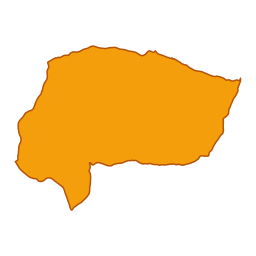 Palmas Del Socorro, Santander, Colombia
{"feature_id": "7082276B11851573676927", "entity_name": "Palmas Del Socorro", "entity_type": "district", "adm_level": 2, "iso_a3": "COL", "parent_name": "Colombia", "parent_adm1": "Santander", "projection": "orthographic", "projection_center": [-73.283, 6.386], "detail": "fine", "context": "isolated", "style": "filled", "palette": "amber", "viewbox_px": 256, "rotation_deg": 0, "n_neighbors": 0, "source": "geoboundaries", "source_scale": "gbopen_adm2", "svg_char_len": 5691}
<svg xmlns="http://www.w3.org/2000/svg" viewBox="0 0 256 256"><path d="M15.4,161.6L15.7,162.1L15.9,162.6L16.1,162.8L16.6,163.5L16.8,164.0L17.1,164.5L17.9,165.7L19.0,167.6L19.2,168.0L19.6,168.5L20.8,169.8L23.6,172.4L24.6,173.1L26.3,174.6L27.7,175.8L29.2,176.8L30.4,177.5L33.1,178.4L34.8,178.7L35.7,178.7L36.1,178.8L36.8,179.1L37.2,179.5L37.6,180.0L38.2,180.7L38.9,181.2L39.6,181.4L40.1,181.5L41.6,181.4L42.7,181.1L43.7,180.6L45.7,178.9L46.4,178.4L47.2,178.1L47.8,177.9L48.3,177.8L48.8,177.8L50.0,178.0L51.2,178.4L52.2,178.9L53.4,179.8L55.3,181.4L59.2,184.3L60.4,185.2L61.3,185.8L62.4,186.8L62.8,187.3L63.4,188.1L63.8,188.8L64.5,190.8L65.1,192.8L65.5,193.8L65.8,194.9L66.3,196.0L66.9,197.6L67.6,199.6L68.0,201.0L68.9,203.4L69.5,205.3L69.7,206.0L69.9,206.8L70.4,208.5L71.0,209.7L71.4,209.9L71.9,209.9L72.4,209.6L73.0,208.6L73.3,208.1L73.8,207.5L74.4,207.0L74.9,206.7L76.8,205.3L77.7,204.6L80.3,203.0L81.4,202.3L82.2,201.6L83.2,200.6L85.0,198.9L85.7,198.0L86.5,197.4L87.8,195.7L88.2,195.0L89.1,193.7L89.3,193.2L89.4,192.6L89.6,190.7L89.7,189.5L89.7,188.5L89.8,187.4L89.9,186.3L90.3,184.1L90.4,182.2L90.5,180.3L90.6,177.6L90.6,176.7L90.6,175.7L90.3,173.9L90.0,173.2L89.8,172.5L89.5,171.9L89.1,171.3L89.0,171.1L89.1,170.9L89.2,170.4L89.8,168.9L90.1,167.8L90.2,167.2L90.1,165.9L90.0,165.5L89.8,164.5L89.4,163.3L89.5,163.0L89.6,162.9L90.3,162.9L90.6,163.0L90.9,163.2L91.2,163.7L91.4,164.2L91.7,164.6L92.0,164.7L92.8,164.9L93.5,164.8L94.5,164.1L96.2,163.0L96.7,162.8L98.1,162.6L99.1,162.7L100.0,162.9L101.1,163.3L102.1,163.6L103.6,164.1L104.7,164.6L106.8,165.4L107.7,165.6L109.1,165.8L110.5,165.8L111.3,165.8L112.1,165.4L112.8,164.9L113.3,164.6L114.0,164.3L115.3,164.0L116.6,163.6L120.7,163.2L121.3,163.2L122.6,162.8L124.4,162.0L127.1,161.0L128.5,160.6L129.4,160.6L130.8,160.7L132.2,160.2L132.9,160.5L133.7,160.6L134.5,160.5L135.1,160.3L136.2,160.6L137.3,161.2L138.5,162.2L140.3,163.0L141.8,163.7L143.4,163.9L144.8,163.7L147.3,163.9L149.0,163.7L149.9,163.5L151.0,163.7L152.3,164.2L153.2,164.4L154.6,164.6L156.1,164.6L157.3,164.7L158.2,164.8L159.6,165.3L160.2,165.2L160.6,165.0L161.1,164.8L161.8,164.7L162.5,164.8L163.1,164.9L164.0,165.0L164.8,165.0L165.5,164.9L166.5,164.8L167.7,164.6L169.9,164.2L172.7,164.1L173.9,164.0L174.5,164.1L175.2,164.5L176.5,164.7L177.1,164.7L177.5,164.4L177.8,164.3L178.3,164.2L178.9,164.2L179.2,164.6L179.9,164.7L181.2,164.7L181.6,165.0L182.3,165.3L183.4,165.1L185.3,164.6L186.3,164.2L187.6,164.0L189.1,163.6L190.8,163.1L191.8,162.6L194.2,161.7L196.9,160.0L198.3,159.0L198.9,158.0L199.2,157.4L200.2,156.2L201.2,155.8L202.0,155.8L203.5,156.0L204.5,156.1L207.4,156.2L207.9,156.1L208.5,155.8L208.8,155.2L209.0,153.7L209.4,152.6L210.0,151.6L210.6,151.0L211.2,150.8L211.6,150.3L212.1,149.5L212.9,147.5L213.3,146.5L214.9,143.9L215.7,142.6L216.7,141.0L217.7,140.0L218.4,138.9L219.1,137.7L220.1,136.2L220.8,135.3L221.4,134.7L222.0,134.2L222.3,134.0L222.6,133.8L222.9,132.8L223.4,130.9L223.4,129.8L223.4,128.9L223.2,127.8L223.2,127.1L223.2,126.4L223.3,124.8L223.3,123.7L223.4,122.5L223.3,120.4L223.3,119.7L223.4,118.6L223.7,118.2L224.4,117.7L225.2,117.3L225.7,116.8L226.9,115.9L227.5,115.1L228.0,114.4L228.4,113.6L228.6,112.8L228.7,111.0L228.8,110.1L229.2,108.8L229.6,107.8L230.0,107.2L230.5,105.8L231.1,104.3L231.8,102.9L232.9,100.1L233.5,98.9L234.0,98.0L234.8,97.0L235.3,96.4L235.8,95.3L236.7,93.7L237.4,92.3L237.8,91.4L238.0,90.6L237.8,89.4L237.8,88.8L238.0,87.9L238.7,85.7L239.2,84.4L239.7,83.1L240.1,82.2L240.3,81.3L240.5,80.8L240.6,80.1L240.6,79.6L240.6,79.1L240.4,78.7L239.9,79.9L239.2,80.6L238.6,80.5L237.3,80.0L236.4,80.0L235.5,80.3L234.3,80.7L232.9,81.1L231.6,80.9L230.9,80.8L230.2,80.3L229.6,80.0L228.8,79.8L227.4,80.0L226.3,80.1L225.8,79.9L225.1,79.3L224.3,78.6L222.6,77.8L219.8,76.8L217.3,76.2L216.3,76.3L215.0,76.5L213.4,76.4L210.0,75.2L207.3,74.1L205.0,73.1L202.1,71.8L199.0,71.2L197.0,71.0L195.0,70.5L193.1,69.7L191.8,68.8L191.2,68.4L190.0,68.1L189.3,67.4L187.9,66.4L186.7,65.2L186.1,65.0L184.3,64.8L183.2,64.2L182.2,64.0L180.9,63.1L180.3,62.4L178.8,61.6L175.6,59.6L174.2,58.8L173.9,58.9L172.9,59.1L172.8,58.7L172.4,58.2L171.8,58.0L171.6,58.0L171.3,58.5L167.3,57.3L163.1,55.6L160.8,54.7L159.6,54.6L157.5,53.5L156.1,51.9L155.2,51.0L154.8,51.6L154.1,52.2L153.1,52.3L150.2,51.0L149.1,50.9L147.8,51.6L145.1,54.6L144.0,55.0L142.7,55.7L141.5,55.6L139.5,54.7L137.7,53.5L135.8,52.4L133.2,51.7L131.6,51.4L128.4,51.0L125.5,49.9L124.1,49.6L119.8,49.1L118.4,48.6L115.8,47.5L114.8,47.4L112.8,47.5L110.1,47.6L109.4,47.7L107.0,48.3L105.3,48.6L102.3,48.2L100.1,48.0L97.9,47.5L96.1,46.9L94.1,46.2L92.7,46.1L91.6,46.3L89.7,47.1L87.9,48.1L85.1,48.9L83.1,49.5L81.5,50.5L79.9,51.3L78.8,51.8L77.5,52.0L76.2,52.1L74.5,52.0L73.4,51.9L72.8,52.0L71.1,52.7L69.7,54.0L68.8,54.9L68.6,55.3L68.3,55.3L67.7,55.2L66.0,55.2L64.1,55.5L62.6,56.2L60.7,57.2L59.5,57.6L59.2,57.6L58.6,57.3L58.1,57.3L57.3,57.7L56.7,57.8L55.7,57.9L54.7,58.3L53.2,59.1L51.4,60.1L50.1,60.9L48.6,61.6L47.7,62.5L48.2,64.4L48.6,65.7L48.7,66.7L48.4,68.0L47.5,69.9L47.2,70.4L47.1,71.4L47.1,73.6L47.4,76.0L47.2,77.4L47.2,78.5L46.2,80.4L45.3,81.7L44.6,82.7L44.0,84.0L43.4,85.7L42.8,88.1L42.6,89.1L42.4,90.0L42.0,90.8L41.6,91.5L41.5,92.0L41.3,93.0L40.7,94.5L39.7,95.6L38.1,97.6L36.7,100.3L35.3,103.4L34.1,107.1L32.8,109.3L31.3,110.3L28.2,111.4L27.3,112.1L26.6,112.4L25.8,112.8L25.0,113.7L24.5,114.6L23.0,116.9L22.1,118.0L20.2,119.8L18.8,121.9L18.4,123.0L18.2,124.3L18.2,127.7L18.4,129.5L19.2,133.9L20.7,137.2L21.0,137.9L21.0,140.3L20.9,141.2L20.5,142.2L20.1,143.0L19.6,144.3L19.2,145.4L18.8,146.8L18.7,147.9L18.7,149.4L18.5,151.2L18.5,152.6L18.3,153.8L18.1,155.1L17.8,155.9L17.8,157.0L17.9,158.0L17.9,158.6L17.9,159.2L17.9,159.8L17.6,160.2L16.9,160.7L15.7,161.4L15.4,161.6Z" fill="#f59e0b" stroke="#b45309" stroke-width="1.5"/></svg>